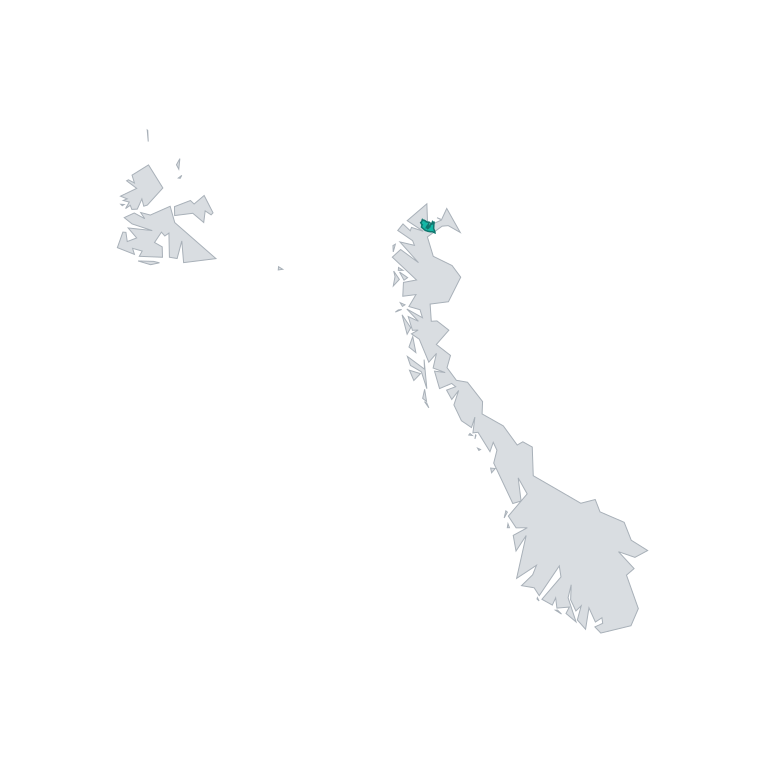 Unjárga sme 1, Finnmark, Norway (highlighted), rotated 284°
{"feature_id": "86288312B72047105202096", "entity_name": "Unjárga sme 1", "entity_type": "district", "adm_level": 2, "iso_a3": "NOR", "parent_name": "Norway", "parent_adm1": "Finnmark", "projection": "albers", "projection_center": [28.889, 70.128], "detail": "fine", "context": "in_parent", "style": "filled", "palette": "teal", "viewbox_px": 768, "rotation_deg": 284, "n_neighbors": 0, "source": "geoboundaries", "source_scale": "gbopen_adm2", "svg_char_len": 6321}
<svg xmlns="http://www.w3.org/2000/svg" viewBox="0 0 768 768"><g transform="rotate(284 384 384)"><path d="M472.7,409.4L456.3,414.7L458.0,420.1L451.9,433.9L435.0,425.2L427.8,441.6L415.1,441.2L405.1,453.3L405.9,464.6L390.8,483.9L378.7,486.4L372.2,509.9L357.0,528.0L361.5,532.7L358.7,543.1L331.1,551.0L315.9,603.8L323.0,616.9L312.2,624.5L307.9,650.5L292.2,661.7L286.2,680.1L276.5,669.4L278.0,652.1L265.4,671.3L257.2,665.5L227.6,685.1L209.2,682.1L194.8,654.6L199.3,647.4L204.7,654.1L209.9,652.0L204.2,646.7L216.4,637.0L194.8,638.9L201.8,628.7L216.5,629.0L210.2,625.1L219.8,617.3L234.5,614.2L221.2,614.3L199.6,627.9L205.4,616.1L212.4,617.8L208.4,606.0L218.0,602.3L210.2,600.8L213.3,589.3L239.6,602.4L249.9,598.1L216.2,585.8L222.6,579.0L221.6,566.2L234.8,574.4L245.0,575.8L227.5,559.7L271.4,558.6L253.9,552.5L268.4,546.0L279.2,557.8L276.4,547.0L285.9,536.6L312.0,549.5L325.4,536.9L303.6,545.3L299.2,537.9L333.8,509.6L347.1,509.6L353.8,504.1L344.0,503.2L359.9,486.9L358.1,482.1L373.9,480.2L362.9,479.4L367.1,468.0L380.6,456.9L395.8,458.0L385.4,453.5L393.2,446.2L398.7,454.2L400.9,449.5L393.0,439.0L408.7,429.9L409.9,440.6L411.4,427.8L426.4,427.5L416.0,422.2L436.0,407.4L439.3,398.5L444.6,404.1L443.0,398.6L455.3,391.2L453.2,402.2L462.3,388.0L457.6,405.3L464.8,401.0L465.2,389.4L478.5,393.4L473.7,381.0L487.3,378.3L492.8,390.4L509.1,361.4L518.5,367.6L510.1,388.1L525.7,365.1L525.9,380.0L530.0,377.1L536.3,360.2L543.9,363.7L539.0,372.4L542.6,372.8L541.7,385.1L548.1,367.0L569.2,382.0L547.6,388.2L556.9,400.0L569.5,402.4L549.5,421.3L553.2,408.0L551.2,402.2L537.2,390.5L519.8,400.9L515.4,421.4L506.2,432.6L479.4,426.6L472.7,409.4ZM482.6,91.7L489.5,100.3L486.5,111.9L491.5,106.4L491.4,116.4L504.7,133.5L490.0,141.9L465.0,190.6L453.3,160.2L473.9,153.2L455.7,152.9L455.1,145.1L478.4,138.8L474.6,135.5L477.5,131.3L465.8,127.1L463.4,135.6L453.4,138.4L448.7,115.7L454.5,117.2L454.8,107.2L449.4,110.5L451.8,92.3L468.2,93.9L468.7,96.9L460.1,100.4L465.9,108.7L473.5,98.0L476.8,122.0L478.4,100.8L482.6,91.7ZM502.5,82.9L514.0,96.7L518.9,85.1L520.3,86.6L518.7,93.2L525.7,89.0L539.6,102.5L520.7,122.0L500.4,111.1L498.4,107.9L505.0,104.3L494.0,102.3L492.4,97.1L496.0,94.6L491.7,90.8L498.9,92.8L499.0,86.6L501.5,90.0L502.5,82.9ZM505.4,137.8L515.2,151.8L512.7,156.2L523.4,163.9L508.7,176.7L506.3,175.3L508.7,168.6L497.1,170.0L503.4,157.2L496.8,140.1L505.4,137.8ZM408.2,419.7L417.4,417.0L389.8,426.7L404.9,417.3L408.4,405.2L416.4,400.0L408.2,419.7ZM425.9,399.3L437.0,400.4L422.2,407.3L425.9,399.3ZM437.9,394.4L455.5,384.8L445.1,396.3L437.9,394.4ZM443.9,115.6L447.2,130.7L447.3,136.8L443.3,128.7L443.9,115.6ZM403.5,405.4L402.9,416.9L394.6,412.1L403.5,405.4ZM495.9,366.1L489.2,373.6L481.4,369.3L491.0,368.7L495.9,366.1ZM496.4,372.0L492.9,381.2L489.6,378.3L496.4,372.0ZM379.4,425.0L388.7,424.7L377.4,429.5L379.4,425.0ZM572.9,93.4L562.2,96.6L573.2,92.8L572.9,93.4ZM546.5,129.6L553.3,131.4L542.8,132.9L546.5,129.6ZM514.4,361.0L520.5,359.2L522.4,361.2L514.4,361.0ZM500.6,369.9L498.9,374.9L497.7,370.4L500.6,369.9ZM466.8,380.1L465.9,385.2L463.8,383.1L466.8,380.1ZM472.3,253.3L470.8,258.0L469.1,253.8L472.3,253.3ZM537.5,137.3L534.3,136.5L534.1,134.6L537.5,137.3ZM328.2,507.8L328.9,512.4L323.9,509.9L328.2,507.8ZM456.5,377.6L459.3,379.9L460.6,383.1L456.5,377.6ZM494.7,85.1L495.3,88.4L493.7,86.9L494.7,85.1ZM289.5,534.7L283.1,533.0L290.4,532.9L289.5,534.7ZM278.4,538.1L274.9,540.5L274.4,538.4L278.4,538.1ZM375.7,430.2L371.7,433.3L376.7,427.6L375.7,430.2ZM206.6,607.1L203.7,611.9L206.0,605.0L206.6,607.1ZM355.4,482.2L355.0,478.6L356.8,479.4L355.4,482.2ZM558.2,395.2L557.6,399.3L557.4,398.6L558.2,395.2ZM356.3,485.7L352.7,485.5L357.2,485.1L356.3,485.7ZM344.4,490.3L343.8,493.5L342.5,492.1L344.4,490.3ZM213.8,584.5L211.0,587.0L212.4,584.5L213.8,584.5Z" fill="#d9dde1" stroke="#a8b0b8" stroke-width="1"/><path d="M549.6,380.5L549.4,380.5L549.2,380.8L549.0,381.3L548.5,381.4L548.2,381.8L548.1,382.0L547.8,382.6L547.1,382.4L545.3,382.4L543.5,385.9L543.1,386.7L543.0,387.0L543.0,387.6L542.8,389.8L543.0,392.3L543.5,394.3L543.1,396.0L543.0,396.9L544.4,396.3L545.9,395.2L547.0,394.5L548.8,394.2L550.7,393.8L553.1,393.5L553.1,392.8L553.0,392.1L552.9,391.9L553.0,391.8L552.9,391.8L553.0,391.8L553.1,391.7L553.0,391.8L552.9,391.8L552.9,392.0L552.7,392.0L552.4,392.1L552.2,392.0L551.9,392.1L551.6,391.9L551.5,392.0L551.4,392.0L551.1,392.2L550.9,392.0L551.0,391.9L551.5,391.7L551.5,391.4L551.4,391.3L551.5,391.3L551.4,391.2L551.2,391.1L550.9,391.1L550.8,390.9L550.9,390.7L550.7,390.8L550.7,390.7L550.7,390.8L550.3,390.9L550.2,390.8L549.9,390.7L549.6,390.7L549.4,390.6L549.1,390.5L548.8,390.3L548.4,390.3L548.2,390.4L548.2,390.2L547.9,390.3L547.9,390.2L547.7,390.2L547.4,390.2L547.2,390.0L547.3,390.0L547.2,390.0L547.1,389.9L547.0,389.7L547.2,389.8L547.3,389.7L547.4,389.8L547.5,389.8L547.8,389.9L548.0,389.9L548.3,389.8L548.3,389.7L548.2,389.5L548.0,389.4L547.7,389.3L547.3,389.3L547.2,389.4L546.9,389.4L546.9,389.5L546.7,389.6L546.4,389.7L546.2,389.6L546.3,389.6L546.2,389.5L546.2,389.4L545.9,389.3L545.8,389.2L545.7,389.2L545.5,388.9L546.1,388.8L546.2,388.7L546.4,388.6L546.5,388.5L546.6,388.4L546.8,388.3L547.0,388.2L547.2,387.9L547.3,387.9L547.4,387.7L547.2,387.7L546.8,387.7L546.4,387.7L546.1,387.7L545.9,387.8L545.8,387.7L545.7,387.7L545.4,387.4L545.3,387.5L545.4,387.4L545.7,387.3L546.1,387.3L546.3,387.2L546.5,387.3L546.9,387.3L547.2,387.4L547.4,387.5L547.5,387.6L547.8,387.8L548.0,387.9L548.2,388.0L548.3,388.0L548.3,388.3L548.4,388.2L548.6,388.2L548.6,388.3L548.6,388.2L548.8,388.1L548.7,388.1L548.9,388.2L549.0,388.3L549.5,388.5L549.9,388.7L549.9,388.9L550.2,388.8L550.5,388.8L550.6,388.7L550.8,388.7L551.0,388.7L551.3,388.9L551.7,389.1L551.9,388.8L551.9,388.1L551.6,387.7L551.6,387.3L551.6,387.0L551.6,386.9L551.6,386.7L551.6,386.4L551.7,386.1L551.6,385.9L551.6,385.7L551.8,385.6L551.9,385.4L552.0,385.3L552.0,385.2L552.1,384.9L552.2,384.7L552.3,384.6L552.3,384.4L552.3,384.2L552.4,383.9L552.5,383.7L552.4,383.6L552.4,383.4L552.6,383.1L552.6,382.9L552.6,382.7L552.5,382.4L552.5,382.2L552.5,381.9L552.5,381.7L552.4,381.6L552.5,381.5L552.4,381.5L552.3,381.4L552.2,381.5L551.9,381.6L551.7,381.4L550.9,381.3L550.7,381.3L550.3,381.1L550.1,381.0L549.9,380.9L549.7,380.7L549.6,380.5ZM547.9,388.5L547.7,388.4L547.6,388.5L547.5,388.4L547.5,388.5L547.4,388.5L547.1,388.6L547.5,388.6L547.8,388.6L547.9,388.5Z" fill="#14b8a6" stroke="#0f766e" stroke-width="1.5"/></g></svg>